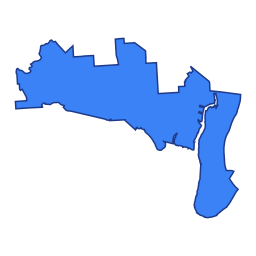 Port Adelaide Enfield, South Australia, Australia, rotated 180°
{"feature_id": "25037944B47979939025085", "entity_name": "Port Adelaide Enfield", "entity_type": "district", "adm_level": 2, "iso_a3": "AUS", "parent_name": "Australia", "parent_adm1": "South Australia", "projection": "mercator", "projection_center": [138.548, -34.826], "detail": "fine", "context": "isolated", "style": "filled", "palette": "blue", "viewbox_px": 256, "rotation_deg": 180, "n_neighbors": 0, "source": "geoboundaries", "source_scale": "gbopen_adm2", "svg_char_len": 5642}
<svg xmlns="http://www.w3.org/2000/svg" viewBox="0 0 256 256"><g transform="rotate(180 128 128)"><path d="M239.4,186.9L239.3,186.0L239.8,185.0L239.7,182.6L239.1,181.8L238.5,172.0L236.7,172.1L236.4,167.2L236.3,166.6L235.6,165.6L233.8,166.7L229.7,159.1L229.5,158.4L229.3,155.3L240.6,154.5L240.1,147.2L225.9,148.2L214.2,148.7L214.3,149.0L213.5,149.0L213.6,149.6L214.4,150.7L214.0,151.4L212.4,153.0L210.9,152.8L210.9,151.9L205.7,151.5L202.8,153.3L197.5,153.6L195.0,151.4L191.7,150.4L192.7,148.7L191.7,147.8L190.4,146.1L188.6,145.2L185.1,144.9L156.5,138.2L150.7,136.8L149.0,135.9L146.9,135.8L146.2,136.1L144.7,137.1L145.8,135.4L131.0,136.2L131.2,135.8L120.6,126.2L120.5,126.7L119.9,127.8L119.7,127.9L119.6,127.7L119.3,128.4L119.0,128.3L119.1,128.1L118.6,128.4L118.5,127.8L118.0,127.5L116.1,127.4L115.3,127.6L115.0,128.3L114.9,128.3L114.9,127.6L114.6,127.2L113.7,127.1L112.1,126.2L111.5,126.4L111.1,125.6L111.2,125.0L110.8,124.1L109.0,122.4L107.5,121.2L104.5,117.8L100.8,111.7L100.7,111.0L98.9,107.0L98.2,106.4L96.7,105.8L95.5,105.7L94.7,105.9L92.8,107.6L92.1,107.9L90.8,109.3L90.7,110.0L90.4,112.6L91.2,113.7L92.1,114.3L92.3,114.7L82.6,112.2L83.0,112.5L83.2,113.3L83.1,115.1L82.5,118.9L81.9,120.1L81.1,121.0L80.2,121.6L79.8,122.5L79.4,122.7L79.0,122.6L79.2,121.9L79.5,121.2L80.5,119.8L80.3,118.9L81.3,118.0L81.9,113.4L81.8,113.1L81.5,112.6L81.9,112.2L80.4,111.5L80.4,111.0L79.1,110.6L78.7,110.7L78.4,110.4L77.6,110.2L77.0,110.5L76.4,110.5L73.5,109.7L73.2,109.4L73.2,108.7L72.6,108.8L72.4,109.3L69.3,108.6L68.8,108.7L68.6,108.4L67.7,108.0L67.7,107.5L67.3,107.9L66.8,107.9L64.1,106.4L62.8,106.0L62.2,106.2L62.0,107.8L61.9,113.1L61.6,113.5L62.0,113.4L62.5,114.1L61.8,115.7L61.4,115.9L61.0,117.1L60.0,118.8L59.1,121.1L58.6,122.6L58.4,123.1L58.1,122.9L57.2,124.8L57.3,125.2L56.8,126.8L56.0,128.1L55.8,128.3L55.6,128.8L55.3,128.9L54.6,130.5L54.8,130.6L55.1,131.3L56.4,132.5L56.6,132.7L56.4,133.0L57.5,134.1L57.4,134.3L57.6,134.6L57.5,134.9L57.9,135.4L57.8,136.2L57.1,135.6L56.4,135.4L56.4,135.0L55.0,134.2L54.0,135.1L53.4,141.6L57.3,143.4L56.8,144.5L53.2,142.9L51.9,148.3L52.8,148.6L53.0,148.5L56.5,149.4L56.1,150.7L51.3,149.2L46.1,151.8L46.1,152.0L45.6,152.1L45.6,151.9L41.5,152.8L41.5,154.1L41.2,154.1L41.2,154.3L41.2,155.3L40.7,155.8L40.8,156.1L41.3,156.0L41.6,157.5L41.4,158.2L42.3,162.4L41.1,162.7L40.9,162.4L40.1,162.4L40.4,161.6L39.6,160.6L39.9,160.4L39.1,158.6L38.9,156.6L38.7,156.3L38.6,154.4L38.9,152.3L38.5,151.9L38.3,150.4L38.8,150.1L39.0,150.3L39.1,150.9L39.6,150.7L39.3,148.8L39.8,148.0L40.2,150.5L40.3,150.5L40.2,149.7L40.5,149.6L40.7,150.4L40.8,150.4L40.7,149.6L40.9,149.5L40.9,149.2L41.1,149.1L41.3,150.4L41.4,150.2L41.2,149.2L41.6,149.2L41.6,149.5L41.7,149.2L41.8,149.2L41.9,149.9L42.9,149.4L42.9,148.6L43.1,148.6L43.7,148.6L44.0,148.3L44.6,148.3L44.8,148.9L45.1,149.3L45.4,149.3L45.4,149.0L47.3,148.6L47.5,148.2L47.9,147.7L48.6,145.8L49.2,145.3L50.3,145.2L50.9,140.4L51.0,137.0L50.8,136.8L50.7,136.5L50.7,135.2L51.0,134.8L51.1,133.7L50.9,133.5L50.7,132.7L50.8,131.3L50.5,131.0L50.8,129.5L50.9,128.0L53.1,123.1L53.7,122.6L54.6,121.1L55.8,118.3L56.9,116.3L57.1,115.2L56.9,114.7L57.2,112.9L57.3,111.6L57.0,110.6L57.2,109.9L57.0,108.7L57.2,108.2L57.4,107.9L57.4,105.2L57.3,103.3L57.6,101.8L57.6,101.0L57.2,98.5L56.9,98.1L56.8,97.0L56.3,96.1L55.6,93.0L54.7,91.9L54.5,91.2L54.7,91.7L55.5,92.4L55.2,91.4L56.0,78.3L55.9,78.2L55.8,77.7L56.8,74.8L56.9,73.9L57.2,73.5L57.1,73.0L57.4,72.3L57.3,71.3L57.6,70.3L57.7,69.0L58.0,67.1L58.6,65.6L59.0,63.9L58.8,62.9L59.1,61.4L59.2,61.0L59.4,61.1L60.4,58.4L60.4,57.5L60.9,55.8L60.8,54.8L61.4,53.7L61.5,53.3L61.5,52.2L61.9,51.0L61.8,50.5L61.4,50.1L61.4,49.3L61.2,49.1L61.2,48.7L61.4,48.5L61.0,48.0L60.9,47.2L60.1,45.7L59.5,44.9L59.5,43.5L59.1,43.1L58.0,42.3L57.8,42.4L57.7,42.1L57.0,41.9L56.3,41.1L51.9,39.5L51.7,38.9L49.1,38.4L47.5,38.5L43.7,39.1L39.2,40.6L39.3,41.2L33.0,46.4L29.1,49.1L29.1,49.5L28.7,49.8L25.9,53.7L20.0,64.0L17.9,66.6L18.0,66.8L18.3,66.9L18.8,67.6L20.6,69.2L23.2,72.3L26.6,77.3L26.5,77.6L23.0,83.1L22.2,84.7L24.2,85.4L29.6,85.5L30.0,86.6L30.9,89.8L31.3,92.0L32.1,104.3L32.1,108.5L31.5,113.4L31.0,115.9L30.0,119.2L29.2,121.1L26.8,125.6L24.4,133.0L22.8,136.7L21.6,139.1L19.9,141.6L18.7,144.5L18.8,145.1L18.5,146.5L17.8,147.9L17.2,150.1L16.0,154.4L15.6,157.0L15.4,161.5L35.4,164.1L46.0,165.2L46.4,172.9L46.6,174.0L46.9,174.6L65.5,189.7L63.1,184.9L63.4,184.7L64.8,183.0L66.0,183.9L68.7,182.3L67.0,179.7L68.6,178.3L70.7,175.8L70.4,175.5L70.7,175.1L70.6,174.9L70.9,174.5L70.6,174.3L71.2,173.5L71.4,173.6L71.2,169.7L77.4,169.4L77.2,163.6L97.8,162.4L99.6,193.3L110.0,192.7L110.3,198.1L110.1,198.1L110.5,205.2L121.4,213.3L121.5,213.2L131.8,212.6L132.1,217.6L137.1,217.3L137.1,217.1L140.7,216.9L139.8,201.7L139.5,199.8L138.4,196.4L137.5,191.3L161.8,189.8L162.5,200.5L172.6,199.9L172.6,199.7L182.5,199.1L183.1,210.2L190.6,203.2L199.0,212.3L198.9,212.5L200.8,214.6L201.8,214.1L202.5,214.2L203.0,214.4L204.1,215.7L204.4,215.9L205.8,215.5L206.1,215.2L206.8,213.8L208.2,212.4L208.5,212.2L209.6,212.4L210.2,212.3L211.4,211.0L212.5,210.7L214.1,210.6L215.1,210.1L215.3,209.5L215.5,207.4L215.8,206.3L215.9,205.0L216.5,203.2L216.9,202.7L216.7,201.8L216.1,200.8L215.5,200.2L215.4,199.8L214.7,199.1L214.6,198.5L215.2,197.4L216.0,196.2L216.8,195.7L219.3,194.8L221.0,194.7L222.0,194.4L222.9,193.7L223.9,192.5L225.1,192.1L225.3,191.7L224.1,190.2L224.0,189.8L224.1,189.4L224.3,189.0L224.8,188.7L226.4,188.5L226.8,187.7L226.8,187.1L226.7,186.7L226.0,186.1L225.5,185.9L225.1,185.2L225.9,183.8L226.6,183.3L227.8,182.9L230.2,182.5L231.5,183.1L232.5,184.2L234.2,185.4L235.0,185.7L236.0,185.6L236.7,186.0L237.2,186.4L238.0,187.4L238.3,187.5L239.4,186.9Z" fill="#3b82f6" stroke="#1e3a8a" stroke-width="1.5"/></g></svg>